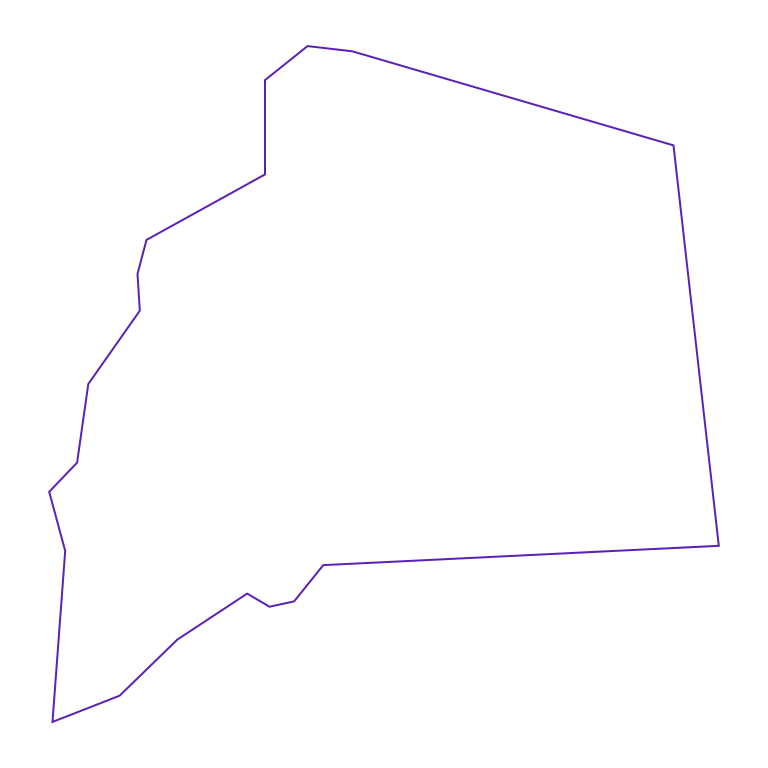 SVG path tracing the border of Muntinlupa
{"feature_id": "PHL-5557", "entity_name": "Muntinlupa", "entity_type": "Highly Urbanized City", "adm_level": 1, "iso_a3": "PHL", "parent_name": "Philippines", "parent_adm1": "", "projection": "natural_earth1", "projection_center": [121.049, 14.415], "detail": "fine", "context": "isolated", "style": "outline", "palette": "violet", "viewbox_px": 768, "rotation_deg": 0, "n_neighbors": 0, "source": "natural_earth", "source_scale": "10m", "svg_char_len": 370}
<svg xmlns="http://www.w3.org/2000/svg" viewBox="0 0 768 768"><path d="M52.5,721.9L65.2,550.9L49.2,491.8L77.1,462.6L88.3,384.0L139.8,310.7L137.5,274.0L146.5,239.9L265.0,174.4L265.0,80.1L307.5,46.1L352.2,51.3L673.5,145.4L718.8,545.8L323.3,565.1L294.1,601.4L269.5,606.7L247.1,593.6L177.3,639.6L119.6,695.7L52.5,721.9Z" fill="none" stroke="#5b21b6" stroke-width="2"/></svg>